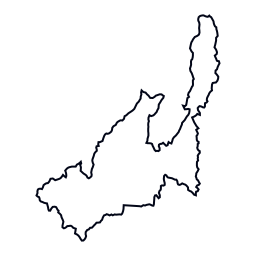 Pirajuí, São Paulo, Brazil (Equal Earth projection)
{"feature_id": "56859067B50435811412978", "entity_name": "Pirajuí", "entity_type": "district", "adm_level": 2, "iso_a3": "BRA", "parent_name": "Brazil", "parent_adm1": "São Paulo", "projection": "equal_earth", "projection_center": [-49.386, -21.905], "detail": "fine", "context": "isolated", "style": "outline", "palette": "ink", "viewbox_px": 256, "rotation_deg": 0, "n_neighbors": 0, "source": "geoboundaries", "source_scale": "gbopen_adm2", "svg_char_len": 5874}
<svg xmlns="http://www.w3.org/2000/svg" viewBox="0 0 256 256"><path d="M58.2,212.4L59.9,213.8L61.1,215.2L61.5,217.1L62.1,218.5L62.7,219.7L63.4,221.7L62.5,225.6L62.5,227.3L63.9,228.3L65.1,227.9L66.3,227.1L67.3,226.1L68.9,226.0L69.9,225.8L70.9,225.8L72.2,226.6L73.2,227.8L75.8,228.7L75.4,231.3L75.0,233.5L77.2,234.6L78.5,235.7L79.5,237.0L80.6,238.9L81.8,240.6L83.4,240.5L84.6,239.3L85.5,237.9L86.1,236.1L85.6,234.2L85.7,232.1L86.5,231.0L87.2,230.0L88.8,229.4L90.1,227.8L91.9,227.7L93.2,226.4L94.1,225.3L95.1,224.4L96.5,222.7L98.5,222.6L100.0,222.4L101.0,220.8L102.1,219.8L102.8,217.6L104.0,215.4L105.6,214.9L106.6,214.2L108.0,214.6L109.6,215.4L111.4,214.5L112.7,215.3L113.7,214.9L114.7,214.4L116.0,214.7L118.0,214.5L119.8,214.4L121.2,214.6L122.1,213.7L122.6,212.5L123.1,211.0L123.5,209.0L123.7,205.2L139.7,206.2L141.2,206.5L143.3,205.2L145.1,205.5L146.5,204.9L149.3,204.3L150.3,204.6L152.3,205.6L153.4,205.7L153.9,204.2L154.0,202.4L154.3,198.6L154.3,197.2L155.1,195.4L156.3,195.2L158.6,198.2L159.8,197.3L159.8,195.2L158.9,192.9L159.4,191.1L160.7,189.7L160.9,188.1L160.9,186.0L161.9,185.4L163.6,185.6L164.7,184.9L164.7,183.0L164.1,180.8L163.8,178.9L164.1,176.0L165.2,174.8L166.4,175.4L167.1,176.7L168.0,177.5L169.0,177.7L171.3,178.1L172.4,178.4L173.5,179.0L175.1,179.7L176.4,179.7L177.3,181.2L177.6,183.2L178.1,184.4L179.3,184.9L180.5,184.6L182.2,183.4L183.7,184.1L185.2,184.6L186.3,185.4L188.0,187.4L188.1,189.9L189.8,191.0L191.0,191.4L192.5,192.7L194.1,194.7L195.9,195.3L195.8,193.3L196.1,191.7L197.7,191.2L198.6,189.4L197.3,187.9L196.2,187.0L197.1,185.5L198.9,184.8L199.8,183.6L198.9,182.1L198.0,180.3L196.8,179.4L196.4,177.9L195.8,176.4L196.2,174.8L196.3,173.3L197.6,171.3L198.6,169.2L197.3,167.5L196.9,165.7L196.9,163.3L197.0,161.8L198.1,160.5L197.7,158.8L198.0,157.3L197.7,155.7L198.5,154.3L199.8,152.8L199.7,151.1L198.6,150.5L197.7,149.3L197.2,147.8L197.7,146.1L197.7,144.0L198.6,143.4L198.6,141.9L197.6,141.4L196.8,139.9L196.7,137.8L196.5,136.0L197.3,135.0L197.9,133.4L196.9,131.3L196.2,129.9L197.4,128.9L198.4,128.3L196.5,126.1L194.2,122.3L192.1,117.4L194.3,116.5L195.4,115.8L196.5,115.0L197.3,113.9L199.9,114.9L199.9,113.0L198.0,110.1L197.7,108.1L198.8,106.7L199.7,106.1L201.3,106.5L203.1,107.4L204.2,107.5L204.9,106.5L205.0,103.2L206.6,102.5L207.5,101.3L206.8,100.1L207.0,98.2L207.8,96.4L208.6,95.0L209.2,93.4L210.4,91.7L212.0,90.4L211.7,88.4L211.9,86.1L212.0,84.6L212.7,83.0L214.2,82.7L215.9,82.5L217.4,80.7L218.1,78.7L218.3,76.7L217.5,75.5L216.5,74.2L215.4,73.1L215.6,70.5L217.0,69.3L217.6,67.2L218.4,65.4L219.5,63.3L218.9,61.2L217.1,60.9L216.5,59.8L216.1,58.5L215.5,57.4L214.8,55.6L216.7,54.0L217.0,52.2L216.3,50.2L215.6,48.9L214.5,47.3L215.3,44.4L215.6,42.9L216.1,40.6L216.1,39.2L216.1,37.8L217.7,35.9L217.3,32.8L217.0,31.2L216.4,29.2L216.3,27.3L215.0,26.3L214.2,24.6L213.8,23.3L213.5,21.3L211.2,17.2L210.1,16.6L209.3,15.6L207.8,16.8L206.5,16.6L205.3,16.2L203.6,15.4L202.5,15.4L201.0,15.7L199.9,16.1L198.7,17.2L198.2,19.1L198.3,20.7L199.2,22.5L199.5,24.5L199.3,26.4L199.1,28.1L199.4,30.6L199.5,32.7L198.9,34.6L197.4,35.8L194.8,37.0L193.9,38.2L193.0,39.4L192.3,40.9L191.4,42.3L190.9,44.2L190.0,48.4L191.6,51.5L192.9,52.9L192.9,55.5L192.7,57.3L192.2,59.3L191.3,60.1L191.0,61.6L191.1,64.7L190.6,66.7L190.0,68.4L190.4,70.9L191.7,73.1L192.6,75.5L193.1,77.2L193.8,79.0L192.9,80.3L192.9,82.7L193.0,84.1L192.8,85.7L192.0,86.7L190.0,91.1L188.7,92.7L188.0,95.0L189.0,96.9L187.4,98.1L186.7,102.2L186.2,105.0L184.9,106.2L183.1,105.7L184.8,109.3L186.4,109.2L188.2,108.9L189.6,109.3L189.5,111.1L189.1,113.2L188.3,114.9L186.9,116.4L185.8,118.2L184.7,120.1L183.3,121.6L182.1,122.9L181.9,124.5L181.0,126.5L180.0,129.1L179.2,130.5L178.6,132.1L177.7,133.2L176.0,135.4L174.7,136.6L173.8,137.4L172.7,139.2L172.4,140.6L171.4,143.5L169.7,142.9L168.6,142.1L168.0,143.7L167.6,145.2L166.2,145.8L163.1,142.8L161.7,143.8L160.3,143.9L159.0,144.7L158.8,146.3L159.6,148.0L159.6,150.2L158.4,151.1L156.9,150.8L155.8,151.1L154.6,149.9L153.5,147.4L152.6,145.7L152.1,144.0L151.0,143.4L149.2,143.2L147.6,143.2L146.4,142.9L147.4,140.8L147.5,138.8L148.4,135.7L148.4,133.1L148.2,131.4L148.2,128.7L148.4,126.8L148.2,125.0L148.3,123.0L148.9,121.1L148.4,119.6L148.5,117.7L149.5,115.2L151.1,116.1L153.1,115.5L154.3,114.6L155.6,113.1L156.5,112.2L157.5,109.9L158.5,108.2L158.8,104.5L160.3,102.2L161.3,100.4L162.2,99.2L163.3,97.9L163.8,96.0L162.5,95.2L161.6,94.4L159.8,94.3L158.6,94.7L157.2,95.2L155.9,95.6L154.5,96.9L152.7,98.0L150.2,97.9L148.5,95.6L147.0,94.3L145.6,92.6L143.3,92.0L141.6,90.4L141.1,92.5L141.4,94.4L140.7,96.6L140.6,98.6L139.7,100.0L138.8,101.6L136.9,103.5L134.3,108.9L132.6,110.5L130.4,112.0L128.5,113.2L126.3,115.3L124.6,116.2L124.0,118.8L122.4,120.5L120.8,120.3L119.8,120.6L117.5,122.0L116.6,123.1L115.8,124.9L113.5,126.2L112.3,127.8L112.0,130.0L111.3,131.6L110.2,132.5L109.2,133.3L107.7,133.8L106.3,133.5L105.1,134.4L104.3,135.7L103.4,138.1L102.5,141.0L99.9,142.1L98.5,142.1L98.2,144.4L98.7,145.9L96.6,146.3L96.2,147.7L96.7,149.3L96.8,150.8L95.8,151.7L95.0,152.6L94.3,153.7L93.7,156.0L92.5,159.3L92.3,160.7L92.8,162.8L93.6,164.6L92.7,167.3L91.9,169.0L91.2,172.4L91.7,174.8L91.4,176.3L90.1,177.5L88.8,178.3L87.5,177.6L86.6,175.8L85.7,174.9L83.5,173.5L80.6,170.8L80.8,169.3L80.9,167.2L80.2,164.9L81.2,163.4L80.8,161.8L79.8,162.8L78.3,163.9L76.9,164.6L75.7,166.6L71.9,166.6L69.4,167.2L68.3,167.6L66.9,168.6L65.2,170.6L65.8,172.2L66.2,174.0L66.3,176.0L65.8,177.3L64.4,176.3L63.0,174.9L61.8,176.7L60.6,178.1L59.4,178.8L57.4,179.5L55.2,180.2L52.8,178.5L50.5,178.8L49.3,181.5L47.9,183.1L46.3,183.3L44.9,184.1L43.6,185.1L42.9,187.3L42.0,189.1L40.5,188.7L39.1,188.8L37.9,189.5L37.4,191.2L37.5,193.1L36.5,195.5L37.7,196.6L38.9,197.0L39.5,198.2L39.8,200.3L40.7,201.4L42.7,202.1L44.1,202.8L45.7,203.2L47.0,203.4L47.4,204.9L48.0,207.1L48.4,209.4L48.9,210.6L50.2,210.7L51.3,208.6L52.7,206.9L54.8,206.7L56.2,207.2L57.5,209.7L58.6,210.8L58.2,212.4Z" fill="none" stroke="#020617" stroke-width="2"/></svg>